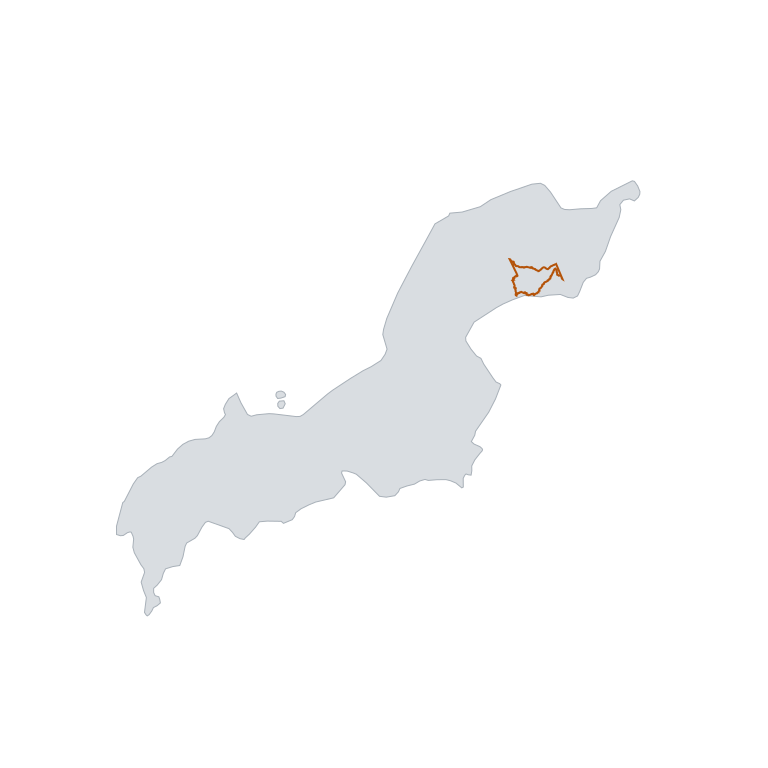 location of Neno, Neno, Malawi, rotated 245°
{"feature_id": "42251766B14168102698524", "entity_name": "Neno", "entity_type": "district", "adm_level": 2, "iso_a3": "MWI", "parent_name": "Malawi", "parent_adm1": "Neno", "projection": "albers", "projection_center": [34.695, -15.51], "detail": "fine", "context": "in_parent", "style": "outline", "palette": "amber", "viewbox_px": 768, "rotation_deg": 245, "n_neighbors": 0, "source": "geoboundaries", "source_scale": "gbopen_adm2", "svg_char_len": 8224}
<svg xmlns="http://www.w3.org/2000/svg" viewBox="0 0 768 768"><g transform="rotate(245 384 384)"><path d="M299.2,444.6L294.9,438.8L291.4,440.3L286.6,444.5L284.0,445.6L282.7,445.5L281.8,444.5L280.7,441.8L276.9,434.3L272.7,428.9L268.2,426.9L264.6,424.4L266.1,422.0L267.8,420.3L267.1,418.5L265.0,415.9L257.1,412.3L257.0,410.6L263.9,407.3L268.2,403.4L271.2,399.7L274.9,391.5L277.9,383.4L280.2,380.8L281.0,375.4L280.4,369.3L281.9,361.6L282.6,354.3L280.2,351.5L278.2,346.6L280.5,338.2L284.1,332.5L301.7,326.3L313.9,320.8L316.5,318.4L320.7,313.8L322.9,309.3L321.3,307.9L311.6,307.9L309.2,306.1L302.1,290.3L305.9,272.1L306.2,264.9L306.0,256.1L304.7,249.6L301.7,246.9L299.8,243.5L300.2,234.0L303.0,232.8L309.1,220.2L311.8,212.8L308.5,207.0L304.8,198.5L303.1,193.2L302.2,191.5L304.7,188.1L308.8,184.9L313.5,184.0L318.4,182.4L333.9,166.7L334.1,163.7L331.2,158.5L325.4,150.7L324.1,147.4L323.3,138.0L321.0,135.2L312.4,128.8L305.8,122.2L307.8,115.4L308.8,107.9L305.6,103.9L300.7,99.7L297.6,93.5L296.2,88.9L292.4,87.1L288.9,87.1L286.3,90.0L283.5,89.7L280.1,88.8L279.0,84.8L278.8,80.5L276.4,77.6L274.2,73.6L273.9,71.4L275.3,70.8L278.2,70.4L290.9,78.4L298.5,78.8L307.1,80.2L314.4,87.4L318.1,88.3L322.9,87.3L336.6,86.4L342.2,87.4L349.3,91.6L352.1,92.2L356.5,92.3L357.3,91.2L357.7,88.7L356.9,83.7L357.9,81.0L360.6,78.0L368.1,81.4L386.9,97.1L387.4,99.1L399.4,114.6L403.2,121.2L403.2,124.7L406.9,138.3L407.7,144.6L406.9,149.5L407.1,153.4L408.5,158.9L408.0,161.2L412.3,169.4L414.3,176.2L414.7,182.9L413.6,189.4L409.8,198.9L409.2,202.7L410.0,206.2L412.4,210.0L416.4,214.1L419.5,219.0L421.5,224.8L423.3,227.4L425.4,227.3L429.4,228.2L432.6,231.6L436.3,237.3L437.5,243.8L438.1,246.6L427.5,246.4L414.1,247.4L410.9,250.0L409.9,255.6L405.7,267.3L403.4,271.6L398.5,279.5L391.6,290.6L390.1,294.2L390.4,297.9L394.5,312.9L398.8,328.7L400.1,334.9L403.2,355.9L404.9,370.8L405.1,379.5L406.6,391.2L410.4,397.5L414.3,401.5L429.3,403.8L433.7,406.7L442.2,414.2L460.6,434.8L470.7,448.0L479.5,459.6L495.3,481.2L507.6,497.9L509.0,513.6L511.0,515.9L506.8,527.5L504.0,546.2L505.9,558.7L505.0,579.9L502.6,602.5L499.8,610.6L496.1,613.6L487.6,616.0L468.8,618.8L465.9,621.4L463.5,625.8L459.7,636.2L455.2,646.7L453.8,651.2L454.6,652.3L458.6,657.7L462.6,671.4L463.2,694.9L461.8,696.6L456.3,697.6L450.3,697.3L447.9,696.0L445.7,693.3L444.1,688.3L448.0,684.8L449.4,678.7L446.9,673.5L441.9,672.3L435.5,667.5L421.9,651.7L410.6,640.7L404.0,631.6L397.2,628.0L395.2,625.7L393.6,621.9L393.6,616.3L394.2,612.2L392.0,607.6L385.2,600.5L382.0,596.6L381.9,591.8L384.7,587.3L390.6,581.7L395.0,570.5L396.6,563.2L404.9,548.6L406.0,535.9L406.2,525.7L405.7,518.1L403.5,502.5L402.0,491.8L391.8,477.7L388.4,476.4L378.7,477.6L370.3,479.7L366.2,482.7L359.9,482.8L343.5,485.3L338.4,486.4L335.4,489.0L333.7,489.5L323.3,478.7L314.2,467.0L302.5,447.0L299.2,444.6ZM418.9,289.8L416.1,290.4L414.3,289.0L414.8,284.6L415.8,281.5L418.6,281.0L420.5,281.8L421.8,283.3L421.8,285.6L421.0,287.9L418.9,289.8ZM412.7,281.9L411.1,286.2L407.8,286.1L404.8,282.3L405.7,279.3L408.7,278.4L411.3,279.5L412.7,281.9Z" fill="#d9dde1" stroke="#a8b0b8" stroke-width="1"/><path d="M426.0,550.8L425.7,550.7L425.7,550.4L425.5,550.2L425.5,549.9L425.8,549.8L425.9,549.6L426.1,549.5L426.0,549.3L426.1,549.2L425.9,548.9L426.0,548.7L426.0,548.0L426.0,547.9L425.9,547.7L425.5,547.4L425.4,547.3L425.4,546.9L425.4,546.5L425.5,546.4L425.6,546.2L425.5,545.9L425.3,545.9L425.0,546.1L425.0,545.9L425.0,545.7L424.3,545.7L424.1,545.7L424.3,545.5L424.3,545.4L424.4,545.2L424.3,544.9L424.1,544.9L423.9,544.8L423.8,544.7L423.6,544.7L423.4,544.6L423.4,544.2L423.0,544.4L422.9,544.3L422.7,544.3L422.6,544.2L422.1,544.1L421.7,544.1L421.5,544.3L420.7,544.1L420.4,544.2L419.9,544.1L419.7,544.0L419.3,544.1L419.2,544.0L418.9,544.1L418.2,544.0L417.7,543.9L417.1,543.5L416.9,543.1L416.9,542.9L416.7,542.8L416.4,542.9L416.2,542.8L415.7,543.5L415.4,543.6L415.2,543.9L414.9,543.8L414.9,543.5L414.7,543.2L414.2,543.1L414.0,542.8L413.8,542.8L413.5,542.9L413.4,542.9L412.9,542.8L412.7,542.6L412.4,542.4L412.1,542.4L411.5,542.4L410.9,542.2L410.1,541.6L409.8,541.6L409.7,541.6L409.5,541.3L409.3,541.3L409.1,541.0L408.9,541.0L408.7,541.0L408.3,541.3L408.8,541.5L408.7,541.6L408.7,542.0L408.8,542.4L409.1,542.6L409.3,543.1L409.7,543.3L409.8,543.5L409.8,543.8L409.7,544.1L409.7,544.3L409.4,544.4L409.4,544.6L409.3,545.2L409.5,545.3L409.7,546.1L409.5,546.7L409.4,547.0L409.5,547.3L409.4,547.4L409.2,547.5L408.6,548.0L408.4,548.4L408.0,548.6L407.7,548.9L407.5,549.0L407.2,549.3L407.3,549.4L407.5,549.5L407.6,549.8L407.6,550.5L407.2,550.6L406.8,550.6L406.4,550.8L406.3,551.5L406.1,551.7L405.9,551.6L405.4,551.3L405.0,550.9L404.9,550.9L404.6,551.0L404.3,551.4L404.2,551.9L404.2,552.2L403.9,552.3L403.4,552.4L403.3,552.6L403.2,552.9L403.2,553.7L403.0,554.6L403.1,555.0L403.3,555.6L403.0,556.0L402.9,556.5L402.9,557.2L402.9,557.4L402.4,557.8L402.2,557.6L401.5,557.4L401.3,557.3L401.2,557.4L401.1,557.5L401.6,559.2L401.7,559.6L401.7,560.4L401.6,560.6L401.6,560.8L401.5,561.0L401.9,561.6L402.0,561.6L402.1,561.9L402.1,562.0L401.9,562.5L402.0,562.5L402.3,562.9L402.5,563.1L402.6,563.3L402.8,563.7L402.9,563.8L403.0,563.9L403.0,564.1L402.9,564.4L403.6,564.6L404.0,564.8L404.3,564.7L404.4,564.8L404.6,565.2L404.8,565.4L404.8,565.5L404.7,566.1L404.7,566.6L404.8,566.8L405.2,567.3L405.3,567.6L405.4,568.0L405.7,568.4L405.8,568.6L406.0,569.0L406.7,569.0L406.8,569.1L406.9,569.3L407.2,569.7L407.2,569.9L407.1,570.2L407.2,570.5L407.1,570.8L407.2,571.1L407.2,571.3L407.5,571.4L407.7,571.5L407.8,571.7L407.9,572.0L408.1,572.0L408.3,572.5L408.3,573.3L408.1,574.2L408.1,574.4L408.3,574.8L408.3,575.0L408.2,575.4L408.2,575.8L408.2,576.0L408.4,576.2L408.5,576.5L408.8,576.5L408.8,577.0L408.8,577.3L409.0,577.6L408.9,578.1L409.0,578.2L409.4,578.4L409.5,578.5L409.4,578.7L409.3,579.1L409.3,579.3L409.8,579.7L410.1,580.0L410.3,580.0L410.6,580.0L410.8,580.1L410.8,580.4L410.9,580.5L411.1,580.4L411.3,580.6L411.6,581.1L411.5,581.4L411.3,581.4L411.4,581.6L411.6,581.8L412.0,582.3L412.6,582.9L413.1,583.6L413.5,583.8L413.6,584.0L413.5,584.3L413.6,584.5L414.0,584.6L414.2,585.0L414.8,585.4L415.1,585.7L415.2,585.9L415.1,586.1L415.2,586.3L415.3,586.4L415.5,586.4L415.8,586.6L415.9,586.8L416.0,587.0L416.1,587.5L416.2,587.9L416.2,588.1L415.6,588.3L414.8,588.5L414.3,588.3L414.0,588.4L413.7,588.4L413.4,588.2L413.1,588.0L412.9,588.1L412.4,587.8L412.1,587.9L411.9,587.9L411.7,587.9L411.1,587.6L410.6,587.6L410.3,587.4L409.9,587.1L409.7,587.2L409.5,587.4L409.0,588.0L408.7,588.1L408.4,588.1L407.9,589.4L407.6,589.9L407.6,590.0L406.8,590.0L406.5,590.0L405.2,590.0L404.7,589.8L404.2,589.9L403.8,589.9L403.5,590.1L420.0,590.7L419.9,590.3L420.1,589.6L420.1,589.0L420.0,588.6L420.1,588.3L420.2,588.0L420.1,587.1L420.1,586.4L420.0,585.8L420.2,585.3L420.2,585.2L419.9,584.1L419.8,583.8L419.6,583.5L419.3,583.1L419.4,582.8L419.2,582.3L419.1,582.0L418.8,581.1L419.0,580.7L419.4,580.4L419.5,580.2L419.8,579.9L420.5,579.6L421.1,579.3L421.6,579.0L421.8,578.8L422.3,578.0L422.3,577.8L422.3,576.9L421.8,575.3L421.7,575.3L421.6,574.9L421.3,574.3L421.3,573.7L421.1,573.1L420.9,572.1L421.1,571.8L421.1,571.6L421.4,571.6L421.5,571.4L422.1,570.9L422.6,570.4L423.6,569.6L424.0,569.7L424.3,569.6L424.4,569.4L424.6,569.0L424.7,568.9L425.3,568.5L425.9,567.6L426.1,567.5L426.4,567.5L426.6,567.2L426.7,567.5L426.8,567.6L427.5,567.3L427.6,566.9L427.8,566.5L427.8,566.4L427.7,566.3L427.4,566.2L427.4,565.8L427.5,565.6L427.9,565.2L428.2,565.0L428.8,564.2L429.2,563.6L429.7,563.2L429.8,563.0L429.9,562.9L429.9,562.4L429.9,562.1L430.4,561.3L430.4,561.1L430.4,560.9L430.2,560.8L430.2,560.7L430.3,560.1L430.7,560.1L430.8,560.0L431.3,559.1L431.8,558.4L431.8,558.2L431.6,558.1L432.1,557.1L432.4,556.8L432.5,556.4L432.6,556.2L432.8,556.0L433.0,556.0L433.3,555.7L433.6,555.7L433.9,555.5L434.2,555.1L434.6,554.5L434.9,553.7L435.0,553.5L435.2,553.4L435.5,553.4L436.4,553.2L436.6,553.3L436.9,553.1L437.1,552.7L437.3,552.7L437.9,552.9L438.0,552.9L438.2,552.7L438.4,552.7L438.8,552.9L439.1,553.0L439.7,553.2L439.9,553.2L440.1,553.1L440.1,552.8L440.3,552.3L440.3,552.2L440.6,552.0L441.2,551.8L441.4,551.4L441.7,551.2L441.9,551.1L442.2,551.2L442.3,551.1L442.4,550.8L442.5,550.7L442.8,550.8L443.1,551.0L443.4,551.1L443.8,550.9L444.0,550.6L434.4,550.8L432.7,550.8L428.6,550.9L426.0,550.8Z" fill="none" stroke="#b45309" stroke-width="2"/></g></svg>